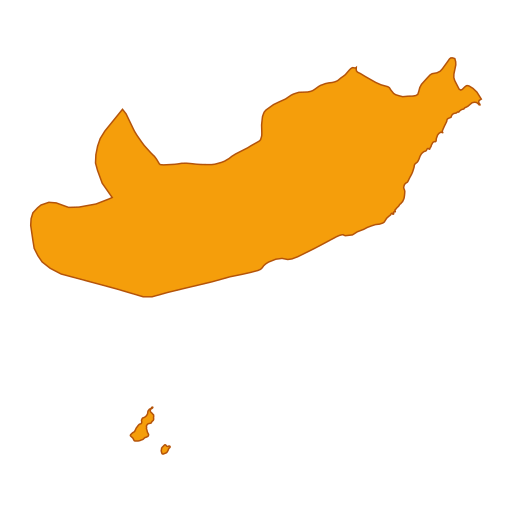 the district of Ngoc Hien, Cà Mau, Vietnam
{"feature_id": "81297802B22159011638398", "entity_name": "Ngoc Hien", "entity_type": "district", "adm_level": 2, "iso_a3": "VNM", "parent_name": "Vietnam", "parent_adm1": "Cà Mau", "projection": "natural_earth1", "projection_center": [104.982, 8.603], "detail": "fine", "context": "isolated", "style": "filled", "palette": "amber", "viewbox_px": 512, "rotation_deg": 0, "n_neighbors": 0, "source": "geoboundaries", "source_scale": "gbopen_adm2", "svg_char_len": 5593}
<svg xmlns="http://www.w3.org/2000/svg" viewBox="0 0 512 512"><path d="M122.5,109.3L104.9,131.0L100.2,138.6L97.6,146.1L95.9,154.6L95.5,163.0L97.5,170.3L102.2,183.2L112.2,197.5L109.1,198.9L96.0,204.0L79.0,207.1L68.6,207.4L56.2,202.9L48.9,202.3L41.0,205.0L37.6,207.8L32.9,212.8L31.1,218.7L30.7,225.4L32.9,240.4L34.2,248.4L37.9,255.7L42.1,261.9L50.2,268.3L61.1,274.0L116.5,288.9L143.2,296.8L152.0,296.8L167.8,292.4L187.2,287.7L212.0,281.8L229.9,276.8L241.8,274.4L250.7,272.4L254.4,271.4L257.9,270.5L260.6,269.3L262.2,267.8L263.7,265.7L265.7,263.9L268.5,262.1L275.8,259.2L282.0,258.4L287.8,259.5L292.0,258.9L295.4,257.6L297.6,256.8L315.3,248.0L336.3,236.8L339.5,235.4L341.8,234.8L343.2,234.7L344.1,235.3L345.4,235.7L352.4,234.9L354.5,233.6L357.3,231.8L364.0,229.2L367.4,227.4L371.4,225.9L375.4,224.6L379.6,224.1L382.9,223.0L384.3,222.0L386.6,218.3L388.8,216.3L390.6,214.9L391.3,213.6L391.8,213.3L392.4,213.4L392.6,213.9L392.9,214.2L393.5,214.1L393.7,213.8L393.7,213.5L393.5,213.2L393.5,212.6L393.9,211.9L394.5,211.8L395.0,211.9L395.2,211.7L395.3,211.4L395.2,211.1L394.9,210.7L394.9,210.1L395.3,209.8L396.8,207.9L398.7,206.1L399.6,204.6L400.2,204.0L400.8,203.6L401.3,203.0L401.8,202.3L402.5,201.8L402.9,200.9L403.7,199.2L404.1,198.0L404.5,195.5L404.7,193.3L404.8,191.2L404.3,189.5L403.8,188.3L403.7,187.4L404.0,185.9L404.5,184.5L405.7,183.2L407.2,182.3L407.8,181.6L409.7,177.7L411.7,174.0L412.6,171.9L413.5,169.1L414.1,167.0L414.3,165.4L414.7,164.4L415.3,163.7L417.2,162.2L417.9,161.3L419.0,159.1L420.0,156.3L420.9,154.7L421.3,154.0L422.4,152.8L423.7,151.8L424.4,151.4L425.2,151.2L425.9,150.9L426.4,150.4L426.8,149.5L427.3,148.8L427.7,148.5L428.2,148.5L428.7,148.7L429.2,149.2L429.5,149.2L429.8,148.9L429.9,148.4L430.3,147.6L430.8,146.9L431.1,146.3L431.4,145.1L432.7,142.7L433.3,142.1L434.5,141.6L435.4,141.7L436.1,141.0L436.3,138.6L437.6,135.0L439.0,133.3L441.0,132.1L442.0,132.5L442.4,132.7L442.7,132.6L442.4,131.9L442.3,131.0L442.9,129.5L444.4,126.1L445.4,124.1L446.7,121.4L447.0,119.7L447.6,118.8L449.0,118.1L451.0,117.3L451.5,115.9L452.3,114.5L453.8,113.5L456.3,113.0L457.1,112.3L457.9,111.9L458.7,112.1L459.8,110.8L461.7,109.5L463.8,109.0L464.7,107.8L466.3,107.1L468.0,106.2L470.3,104.2L472.2,102.7L474.6,102.2L476.5,102.5L477.9,103.5L479.2,104.9L480.0,104.8L479.8,104.1L478.9,102.9L478.7,101.6L479.2,100.4L481.3,99.1L476.9,92.1L473.0,88.4L469.1,86.0L467.6,85.6L466.4,85.7L464.7,87.0L462.3,89.4L460.7,90.1L459.1,89.1L454.7,80.5L453.8,77.5L453.9,74.0L455.8,64.9L455.7,61.8L454.8,58.6L452.7,57.9L450.8,57.9L449.5,58.9L447.9,61.2L442.4,68.8L440.2,71.2L437.0,72.8L432.1,73.7L430.1,74.9L426.9,78.3L421.5,84.3L419.8,87.5L418.8,91.3L417.8,94.3L416.0,95.5L412.8,96.1L408.1,96.2L402.7,96.7L399.2,95.8L395.6,94.7L393.6,93.4L390.9,90.1L389.4,87.7L387.8,86.7L381.0,84.8L375.8,82.5L364.9,76.3L360.5,73.6L357.6,72.2L356.5,71.0L356.2,69.5L356.3,67.4L355.7,67.9L355.0,68.0L352.7,67.6L351.9,67.9L350.7,68.7L349.1,70.3L345.3,74.7L343.4,76.2L340.8,78.0L338.0,80.4L336.7,81.1L334.7,81.9L332.2,82.5L328.7,82.9L325.4,83.6L322.2,84.8L320.7,85.3L318.6,86.5L314.9,89.2L312.9,90.5L310.9,91.3L307.7,92.0L302.5,92.2L298.9,92.3L296.3,93.1L293.3,94.1L291.1,95.2L288.6,96.9L285.5,99.0L282.9,100.2L279.1,101.9L273.5,104.6L271.4,106.1L268.5,108.2L266.0,110.0L265.1,111.0L264.3,112.0L264.2,112.1L263.4,114.0L262.5,116.6L262.2,119.1L261.6,125.0L261.8,132.2L261.8,134.3L261.7,135.9L261.1,138.0L260.5,139.8L259.5,140.9L257.5,142.1L251.2,145.6L247.7,147.8L235.7,153.9L231.7,156.4L229.1,158.5L226.7,159.9L224.7,161.1L221.7,162.3L218.9,163.1L214.9,164.2L211.6,164.6L207.1,164.6L201.2,164.5L196.3,164.2L191.2,163.6L186.3,163.2L181.6,163.3L178.1,163.9L174.8,164.3L169.2,164.6L163.6,164.9L161.0,164.7L160.1,164.5L159.3,163.8L158.1,161.8L156.6,159.3L155.3,157.5L154.3,156.2L153.2,155.2L150.7,152.7L144.2,145.5L141.6,142.0L140.0,139.7L137.0,135.4L134.5,131.3L133.2,128.7L132.3,126.8L126.1,113.9L122.5,109.3ZM138.0,441.0L139.9,440.6L141.0,440.1L142.2,439.7L143.1,439.3L143.8,438.6L144.9,437.6L146.0,437.3L147.1,436.8L148.0,436.3L148.4,435.6L148.6,434.9L148.5,434.2L148.0,433.3L147.4,432.1L147.1,430.8L146.4,428.3L146.6,427.6L146.6,427.0L146.4,426.3L146.5,425.7L147.3,424.5L148.1,423.8L148.7,423.6L150.2,423.3L150.9,423.1L151.4,422.7L151.7,421.9L152.1,421.4L152.7,420.9L153.3,420.3L153.6,419.6L153.7,418.8L153.5,418.0L153.6,417.3L153.7,416.3L153.6,415.1L153.5,414.7L152.9,414.3L152.4,413.6L151.8,413.0L150.8,412.1L150.3,411.4L150.3,410.3L150.6,409.4L150.8,409.0L151.7,408.6L152.5,408.0L152.8,407.6L152.7,407.2L152.2,407.1L151.6,407.5L151.4,408.0L150.9,408.5L150.3,408.9L149.5,409.1L149.1,409.6L148.2,410.7L147.9,411.5L147.7,413.0L147.5,414.0L147.1,414.6L146.4,415.8L144.7,417.2L143.3,417.8L142.6,418.0L142.2,418.5L141.5,420.2L141.5,420.6L141.7,421.5L141.7,422.1L141.6,422.9L141.3,423.4L140.8,423.8L140.0,424.0L139.3,424.3L138.3,425.3L136.2,428.1L136.0,428.5L135.4,430.0L135.0,430.4L134.9,430.9L134.7,431.4L133.9,432.0L132.7,432.7L131.8,433.5L131.0,434.3L130.6,434.7L130.4,435.3L130.4,435.7L131.0,436.4L132.2,437.5L133.0,438.3L133.8,440.0L134.3,440.7L135.0,441.0L135.5,441.0L138.0,441.0ZM167.2,446.4L166.9,446.3L166.6,446.1L165.6,444.9L165.3,444.8L165.1,444.8L164.8,444.8L164.4,445.1L163.8,445.7L162.6,446.9L162.1,447.4L162.0,447.6L161.8,447.9L161.6,448.1L161.5,449.2L161.4,449.8L161.3,450.0L161.2,450.8L161.4,451.7L161.8,453.1L162.1,453.7L162.5,453.9L163.0,454.1L163.6,453.9L166.4,452.8L166.8,452.4L167.2,451.9L168.0,450.5L168.7,448.7L169.0,448.3L169.5,447.9L169.8,447.5L170.1,447.1L170.1,446.7L169.7,446.1L169.2,446.0L168.8,446.0L168.4,446.3L167.9,446.4L167.7,446.4L167.2,446.4Z" fill="#f59e0b" stroke="#b45309" stroke-width="1.5"/></svg>